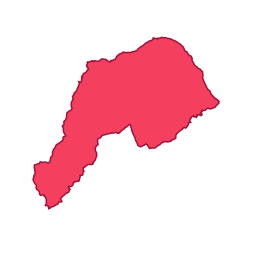 outline of Vatra Moldovitei, Suceava, Romania, rotated 193°
{"feature_id": "2599482B26946498841752", "entity_name": "Vatra Moldovitei", "entity_type": "district", "adm_level": 2, "iso_a3": "ROU", "parent_name": "Romania", "parent_adm1": "Suceava", "projection": "mercator", "projection_center": [25.558, 47.669], "detail": "fine", "context": "isolated", "style": "filled", "palette": "rose", "viewbox_px": 256, "rotation_deg": 193, "n_neighbors": 0, "source": "geoboundaries", "source_scale": "gbopen_adm2", "svg_char_len": 5862}
<svg xmlns="http://www.w3.org/2000/svg" viewBox="0 0 256 256"><g transform="rotate(193 128 128)"><path d="M115.6,223.9L117.9,222.2L118.9,222.4L119.2,221.6L119.5,221.4L120.3,221.7L121.4,221.2L123.4,221.5L123.8,221.4L123.8,221.2L123.7,220.9L123.0,220.6L124.5,219.0L124.9,218.3L126.8,217.6L129.0,215.3L129.7,214.9L131.4,212.4L134.6,209.1L135.7,207.8L136.1,207.0L136.3,206.2L136.5,205.8L138.1,204.5L141.0,203.3L141.5,202.7L142.2,202.4L142.9,201.9L145.4,201.6L146.6,200.9L149.4,201.0L150.1,200.6L150.9,199.2L152.3,198.6L153.4,197.6L153.5,197.2L153.9,197.0L154.2,196.5L154.6,196.2L154.8,195.4L155.3,194.7L155.7,192.4L157.2,191.2L157.6,190.6L158.2,190.6L158.5,190.2L159.2,190.2L159.7,190.0L159.9,189.7L159.8,189.0L160.3,188.9L160.4,188.4L160.9,188.2L161.6,188.6L162.6,188.7L163.4,189.0L164.4,189.6L165.2,189.8L169.4,189.3L170.8,187.1L171.6,186.5L173.7,186.0L174.6,186.1L175.9,185.9L176.3,185.6L176.7,184.8L177.6,185.6L178.2,185.5L179.1,184.5L179.8,184.3L181.4,183.2L182.2,183.3L182.4,182.8L182.5,182.6L181.9,181.4L182.5,179.4L181.3,177.9L181.1,178.0L180.8,177.5L180.2,177.2L179.6,176.5L180.3,175.8L181.6,172.8L182.5,171.9L183.2,171.4L183.8,170.6L183.7,170.3L183.9,170.0L183.7,169.5L183.8,168.7L184.6,168.2L184.8,167.6L183.9,166.6L184.2,166.0L184.0,163.2L184.1,162.8L184.1,161.9L186.4,162.0L185.8,161.3L185.5,160.6L185.5,159.7L185.6,157.7L185.8,157.4L185.8,156.5L186.3,155.1L186.3,153.9L186.4,153.3L187.2,151.4L187.6,151.0L187.8,150.3L188.3,149.9L188.3,148.1L188.9,147.0L189.1,146.2L188.9,145.7L188.4,145.2L188.1,144.5L188.3,143.3L188.2,142.3L189.0,140.3L188.8,140.1L188.7,138.4L187.9,135.9L187.3,134.9L186.9,134.7L187.1,133.5L188.1,132.1L189.8,130.6L190.9,129.1L190.5,125.6L190.3,125.0L190.4,123.1L190.8,121.6L191.6,120.8L191.9,119.5L191.2,117.6L191.3,116.9L191.5,116.3L192.4,115.5L192.4,115.1L191.0,113.5L190.7,112.7L190.7,111.5L190.0,110.1L189.5,109.2L186.9,106.3L187.8,105.5L188.7,105.0L189.2,104.4L188.7,102.2L189.0,100.7L189.7,100.3L191.3,98.1L193.5,96.1L194.3,94.8L194.6,92.4L195.6,90.8L196.1,87.8L196.1,87.3L195.4,84.5L195.5,84.0L196.4,82.5L196.7,81.7L196.7,80.5L196.5,78.5L196.7,77.7L197.5,76.2L198.0,75.9L198.8,75.9L200.0,76.3L201.8,76.0L204.1,75.0L205.1,75.4L205.6,75.3L205.9,75.2L206.5,73.2L207.6,72.8L210.9,70.8L210.6,69.6L210.5,68.6L209.7,66.8L209.5,66.0L208.4,63.7L208.3,61.6L208.9,60.7L209.0,60.4L208.7,58.5L209.0,57.3L208.8,56.0L206.2,52.8L205.3,52.4L204.6,51.7L204.1,50.6L204.2,49.6L203.8,48.3L202.9,47.6L200.9,46.7L200.2,46.1L199.1,43.5L198.9,43.2L197.8,42.8L197.5,42.9L197.2,43.2L196.6,43.5L196.4,43.7L194.9,43.7L194.3,43.4L194.5,42.9L192.7,41.8L192.1,40.8L191.4,39.9L191.1,37.9L190.5,36.9L190.8,35.4L191.2,34.6L190.9,33.8L189.4,34.3L188.6,34.1L187.7,33.0L187.0,31.5L186.3,32.0L185.8,32.5L185.6,33.0L185.8,33.4L185.6,33.6L185.0,34.0L184.5,33.9L182.6,35.1L181.6,36.2L179.2,38.2L178.8,40.1L178.5,40.4L176.8,40.8L175.9,41.3L176.2,42.1L176.9,42.6L177.1,43.1L177.7,43.8L177.7,44.5L176.9,45.5L176.7,46.6L175.7,47.4L173.7,50.3L171.4,52.1L171.2,52.9L171.2,54.1L171.4,55.3L171.0,55.3L171.2,55.5L171.3,56.2L172.7,56.5L172.6,56.9L172.8,57.5L169.8,58.6L168.8,60.0L168.9,60.8L168.8,62.4L168.2,62.8L168.0,63.6L167.7,63.8L165.7,64.4L164.9,64.9L163.9,65.2L163.7,68.5L163.7,70.4L164.0,70.8L161.6,72.0L161.5,72.4L161.9,74.3L161.7,75.5L161.4,75.8L161.7,75.8L161.8,76.1L162.7,79.2L162.2,79.8L161.3,80.2L161.1,80.4L161.0,81.1L160.4,81.5L160.3,81.8L158.7,83.5L155.3,84.2L154.2,84.7L154.4,85.5L154.1,85.8L154.3,86.1L154.0,86.5L154.1,86.9L153.6,87.4L152.7,89.5L152.4,92.8L152.1,93.2L153.0,96.8L154.6,98.4L155.1,99.6L155.4,101.0L155.3,102.1L154.9,102.6L154.5,103.9L153.5,104.9L153.5,105.3L154.3,107.0L154.7,108.8L155.1,109.8L154.9,110.2L154.2,111.0L152.7,112.3L152.3,113.1L151.9,113.5L151.8,113.8L151.9,114.5L150.6,115.5L148.6,116.4L147.6,117.2L145.6,117.9L143.8,119.1L141.1,119.8L139.5,120.7L138.3,120.9L137.2,120.6L137.0,120.8L136.2,120.7L136.2,120.9L135.4,121.2L135.2,121.9L134.6,122.3L134.2,123.3L133.6,123.8L133.4,124.3L132.9,124.9L133.0,125.1L131.6,126.2L131.3,126.8L131.2,127.4L130.6,127.8L129.5,129.0L127.4,131.7L126.8,131.9L126.0,130.9L123.1,125.4L122.1,124.1L121.6,123.2L120.5,122.1L119.9,121.0L119.0,120.1L117.9,117.8L115.4,114.9L115.1,114.5L114.9,113.5L113.7,113.0L111.5,112.5L108.5,114.8L108.0,115.5L106.5,116.6L106.4,116.3L105.6,116.1L105.0,115.6L104.0,114.5L102.4,112.9L99.7,114.0L97.1,114.7L94.4,118.1L93.3,118.8L92.9,119.3L92.3,120.6L91.8,121.2L91.1,121.5L90.1,122.6L87.2,123.4L86.3,123.3L83.8,124.5L82.9,125.3L82.6,126.1L81.0,127.0L79.9,128.2L79.5,128.4L79.2,128.9L79.3,129.7L79.7,131.2L79.4,133.3L78.5,134.4L78.1,135.3L74.4,139.6L74.2,140.5L73.4,141.1L72.3,141.2L71.9,140.9L71.4,141.5L71.1,142.0L70.8,143.0L70.5,143.3L70.1,144.3L70.0,147.0L68.6,147.3L68.2,147.6L68.9,148.1L69.6,149.2L69.2,150.1L69.5,151.0L68.9,151.6L68.2,153.6L67.4,154.0L66.9,154.7L66.2,153.7L65.6,154.0L63.8,153.7L63.5,154.6L63.5,154.8L63.4,155.0L63.7,155.1L64.0,155.4L63.7,156.1L63.3,156.4L62.9,156.3L62.3,156.8L61.1,156.8L59.8,156.4L59.1,157.0L58.8,157.9L59.1,158.3L59.4,158.5L60.7,158.6L60.7,159.0L60.0,159.6L60.1,160.1L59.9,160.8L60.0,161.2L59.5,161.1L59.7,161.9L57.3,162.3L56.5,162.9L56.0,163.9L54.8,165.3L54.2,165.5L53.1,164.9L51.4,165.4L50.0,166.3L49.3,167.0L48.3,167.3L47.9,167.8L47.5,168.7L46.0,171.4L45.3,172.1L45.1,172.7L45.4,174.1L45.2,174.3L47.1,175.5L51.0,177.0L51.8,177.8L53.8,179.0L55.3,180.5L56.2,182.1L59.6,184.2L61.8,187.1L64.1,189.8L64.3,190.4L65.2,191.2L65.8,192.7L66.6,193.4L66.8,196.2L67.2,196.9L67.9,199.4L68.2,199.8L69.3,200.1L70.5,201.4L73.5,202.1L74.9,203.2L76.0,203.5L77.3,204.4L80.7,208.2L81.4,210.7L82.3,211.5L82.6,212.1L82.8,212.3L84.0,212.3L85.3,213.0L86.7,214.3L87.3,214.7L87.5,215.2L88.0,215.6L88.5,215.8L89.6,215.8L90.4,216.4L90.4,216.8L90.9,217.3L92.3,219.4L94.7,220.5L95.8,221.5L97.2,221.8L101.2,223.4L103.0,223.5L104.9,224.1L107.8,224.5L109.4,224.2L111.3,224.4L114.3,223.9L115.6,223.9Z" fill="#f43f5e" stroke="#9f1239" stroke-width="1.5"/></g></svg>